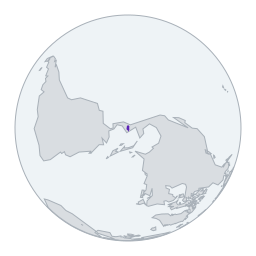 globe centered on Jinotega, rotated 141°
{"feature_id": "NIC-656", "entity_name": "Jinotega", "entity_type": "Department", "adm_level": 1, "iso_a3": "NIC", "parent_name": "Nicaragua", "parent_adm1": "", "projection": "orthographic", "projection_center": [-85.491, 13.798], "detail": "fine", "context": "on_globe", "style": "filled", "palette": "violet", "viewbox_px": 256, "rotation_deg": 141, "n_neighbors": 0, "source": "natural_earth", "source_scale": "10m", "svg_char_len": 8512}
<svg xmlns="http://www.w3.org/2000/svg" viewBox="0 0 256 256"><g transform="rotate(141 128 128)"><circle cx="128" cy="128" r="113" fill="#eef3f6" stroke="#a8b0b8"/><path d="M142.2,138.5L139.5,137.4L137.0,140.8L127.7,135.6L124.2,129.0L94.9,117.9L91.8,114.4L91.6,108.9L81.2,90.3L86.0,107.5L82.0,104.0L78.8,97.8L80.5,96.4L78.2,87.5L74.7,84.0L74.1,73.2L80.5,60.4L81.7,62.5L83.2,59.5L81.7,56.8L80.4,55.8L83.4,44.5L79.8,38.6L75.1,39.6L78.9,37.5L67.8,41.7L63.6,42.0L70.5,40.1L72.8,38.7L71.1,37.8L73.1,36.3L73.4,35.1L76.0,33.5L79.8,32.9L81.6,31.9L80.2,31.4L82.0,29.7L83.7,30.6L86.9,27.8L93.9,27.1L96.5,32.0L102.5,31.5L110.8,36.5L112.2,35.1L116.2,36.7L119.3,35.8L120.0,37.3L121.9,35.3L120.7,34.1L121.1,33.0L122.9,32.4L124.0,34.1L123.3,34.7L124.5,34.9L124.4,36.1L125.4,35.2L126.6,37.6L128.0,34.5L131.1,35.9L131.1,37.6L127.8,38.3L119.7,45.3L118.7,48.0L120.7,50.7L131.6,53.6L132.0,56.4L134.9,59.5L136.2,57.4L134.4,54.2L137.7,51.4L135.1,48.2L136.0,46.8L134.7,43.5L138.5,43.2L142.9,44.8L144.2,47.6L146.2,48.5L147.9,45.4L153.1,50.6L161.4,54.3L162.4,55.9L159.0,59.4L151.6,60.2L147.2,66.0L153.7,61.6L155.9,66.3L157.9,67.0L159.9,66.6L160.4,64.6L162.0,66.3L156.1,70.9L154.6,69.5L156.5,67.9L153.0,68.5L149.1,72.2L150.5,74.7L143.0,78.8L144.0,80.8L142.9,82.9L141.9,79.5L143.5,85.9L135.0,93.8L137.1,105.6L131.0,96.7L126.5,95.8L121.0,96.2L121.3,98.1L113.8,96.9L107.4,101.0L105.7,110.5L108.7,117.7L117.0,117.9L119.2,113.8L125.1,112.8L121.5,123.8L131.9,125.1L131.2,133.3L134.4,137.4L139.5,136.1L144.8,137.8L148.3,132.9L154.1,129.9L154.5,136.5L157.5,130.3L160.9,133.2L172.3,131.8L171.5,133.4L181.2,140.1L191.1,142.1L193.4,146.5L192.3,149.6L195.6,149.9L195.6,151.8L208.3,152.3L214.2,155.5L213.7,162.0L208.0,170.6L201.3,186.6L190.7,193.3L186.9,199.4L176.8,208.7L170.5,208.9L171.3,212.5L166.9,215.2L162.5,215.8L160.9,218.5L157.6,218.8L159.1,220.3L152.6,224.0L153.1,226.4L148.1,229.0L148.5,230.3L147.0,230.3L145.2,230.9L144.6,231.7L140.6,230.7L140.8,227.6L143.2,225.9L141.2,225.7L146.4,221.1L143.9,222.1L146.5,215.0L151.1,208.6L156.0,189.4L154.1,185.5L146.0,181.3L136.3,166.3L139.2,159.8L136.9,156.8L144.3,147.2L142.2,138.5ZM27.7,101.1L28.5,98.6L28.7,100.4L27.7,101.1ZM28.5,96.9L28.3,97.8L28.4,97.0L28.5,96.9ZM28.3,96.2L28.4,96.7L28.1,96.4L28.3,96.2ZM27.8,95.7L28.1,95.9L28.0,96.0L27.8,95.7ZM136.8,109.7L148.7,114.8L142.3,115.9L143.4,114.8L140.3,112.5L134.7,110.6L128.9,112.1L136.8,109.7ZM27.5,94.1L27.5,93.6L27.8,93.5L27.5,94.1ZM141.4,102.9L139.4,102.5L141.4,102.4L141.4,102.9ZM79.5,55.7L81.5,56.9L82.0,60.1L80.2,59.2L79.5,55.7ZM78.8,50.3L80.3,50.3L78.6,53.1L78.3,52.2L78.8,50.3ZM71.4,40.9L72.6,41.4L70.7,41.5L71.4,40.9ZM73.0,35.3L72.0,35.7L72.6,34.9L73.0,35.3ZM132.7,44.0L133.7,43.7L133.4,44.4L132.7,44.0ZM131.2,42.8L130.2,43.8L129.4,43.4L130.0,42.8L131.2,42.8ZM77.1,31.8L78.3,30.6L77.7,31.7L77.1,31.8ZM132.7,41.8L128.0,42.7L126.5,42.0L127.7,39.3L132.7,41.8ZM79.5,29.9L82.5,27.4L80.5,28.0L87.7,25.1L82.8,28.0L82.4,29.2L81.2,29.1L79.5,29.9ZM119.6,34.0L120.9,35.2L118.2,34.8L119.6,34.0ZM117.7,34.0L108.8,34.9L107.6,33.1L110.9,33.0L108.1,31.3L112.0,29.9L114.3,30.6L114.3,32.0L115.8,30.4L117.7,34.0ZM91.2,24.1L92.5,23.6L91.9,24.1L91.2,24.1ZM121.1,32.5L119.4,32.7L118.3,31.1L121.5,30.3L120.8,31.1L121.1,32.5ZM105.5,31.6L105.3,30.4L108.3,28.9L108.6,28.3L112.0,29.7L105.5,31.6ZM122.0,31.2L123.2,30.0L125.3,30.4L122.7,32.1L122.0,31.2ZM116.6,31.0L116.3,30.3L117.5,30.4L116.6,31.0ZM133.3,31.3L131.3,31.4L130.6,30.5L133.3,31.3ZM123.5,29.6L122.8,29.5L122.2,29.2L123.5,28.6L123.5,29.6ZM113.9,28.7L115.2,28.4L112.7,28.0L114.9,27.1L116.7,28.3L116.8,27.4L117.5,27.1L118.2,28.4L113.9,28.7ZM123.1,27.2L126.2,28.7L130.1,28.6L130.9,29.3L124.4,29.4L123.1,27.2ZM120.2,27.8L122.2,27.5L122.1,28.4L120.7,29.2L120.2,27.8ZM115.7,26.1L111.9,27.2L111.6,26.9L115.7,26.1ZM124.3,27.0L123.5,26.6L124.5,26.8L124.3,27.0ZM118.3,26.1L117.0,26.5L116.7,26.1L118.3,26.1ZM123.1,25.7L124.0,26.1L123.1,26.6L123.1,25.7ZM120.9,25.7L120.8,25.2L122.2,26.5L120.4,25.9L120.9,25.7ZM118.3,25.7L117.7,25.6L118.9,25.6L118.3,25.7ZM125.9,23.9L127.9,25.5L125.9,26.4L124.3,24.7L125.9,23.9ZM147.0,232.8L140.8,231.1L144.4,231.8L147.8,230.5L150.7,231.8L147.0,232.8ZM156.6,229.1L160.0,228.2L160.6,228.5L158.4,229.2L156.6,229.1ZM208.3,49.0L205.7,46.8L208.1,49.2L210.7,51.5L214.2,55.5L212.7,53.7L208.3,50.0L210.3,53.8L217.7,65.2L217.8,67.5L215.7,67.4L207.9,58.1L208.6,54.0L205.8,51.1L201.4,48.6L202.0,47.8L200.3,46.4L200.1,45.0L195.6,40.5L194.8,39.0L189.0,35.1L187.8,34.0L191.6,36.5L193.8,37.7L191.3,34.9L189.6,33.8L186.0,31.6L185.7,31.3L182.6,29.6L179.2,27.7L180.7,28.8L176.6,26.8L172.3,24.7L171.2,24.4L178.2,27.9L180.7,29.2L182.4,29.9L189.6,34.2L191.3,35.8L184.9,32.4L186.7,34.4L180.9,31.3L165.6,23.0L161.3,21.0L162.7,20.8L166.1,22.0L167.2,22.5L169.0,23.1L176.3,26.2L183.3,29.9L190.0,34.0L196.4,38.5L202.5,43.5L208.3,49.0ZM129.1,15.4L123.9,15.5L118.7,15.7L119.1,15.7L129.1,15.4ZM104.2,17.9L102.6,18.3L104.1,17.9L104.1,18.0L94.7,20.9L91.7,21.8L88.5,23.6L88.8,23.6L90.8,22.9L87.7,25.1L80.5,28.0L80.1,27.8L75.9,30.0L75.5,29.3L73.2,30.1L75.2,28.6L73.2,29.6L71.8,30.4L70.3,31.3L76.3,27.9L79.2,26.7L77.6,27.3L79.8,26.2L80.2,26.0L88.0,22.7L96.0,20.0L104.2,17.9ZM240.3,118.7L240.0,116.1L239.9,116.9L237.7,125.5L235.4,122.4L228.9,110.0L228.2,103.0L225.3,96.4L217.9,68.0L219.5,67.5L217.2,59.8L217.5,59.9L221.1,64.9L221.7,65.5L226.0,72.4L229.7,79.7L233.0,87.1L235.6,94.8L237.8,102.7L239.3,110.6L240.3,118.7ZM224.1,80.6L225.1,82.6L224.1,80.6ZM172.7,131.7L174.1,132.9L172.3,133.1L172.7,131.7ZM141.5,118.7L144.0,118.7L145.3,119.6L143.5,120.1L141.5,118.7ZM161.7,117.4L164.4,117.8L161.7,118.6L161.7,117.4ZM150.6,115.4L159.5,117.4L154.1,119.8L148.5,118.6L152.3,117.8L150.6,115.4ZM140.6,106.8L142.2,107.2L141.8,108.4L140.6,106.8ZM142.9,102.8L142.3,102.9L141.4,102.0L142.9,102.8ZM156.3,66.1L156.8,65.7L158.9,65.7L158.1,66.6L156.3,66.1ZM167.2,61.2L169.5,64.0L167.3,62.5L166.6,64.0L161.2,63.0L162.6,56.7L162.9,59.6L167.2,61.2ZM154.3,60.4L157.6,61.4L154.0,60.5L154.3,60.4ZM191.0,41.5L192.3,41.6L194.4,43.4L195.4,46.2L192.4,43.5L191.0,41.5ZM193.7,41.6L187.0,38.0L186.1,36.4L187.8,37.8L187.8,37.2L190.5,39.3L196.1,41.7L198.3,43.5L199.0,47.1L197.6,44.8L196.4,44.6L193.7,41.6ZM171.6,34.5L168.7,33.7L170.5,31.2L173.0,32.3L174.2,34.8L172.0,35.1L171.6,34.5ZM135.7,37.1L134.5,37.6L134.2,37.0L134.9,36.2L135.7,37.1ZM132.5,31.4L140.7,34.8L139.7,35.4L145.7,37.1L145.5,39.4L141.6,38.2L145.9,41.4L142.3,41.3L145.5,43.4L136.9,40.4L133.8,40.7L137.4,39.4L137.7,37.2L136.9,36.3L132.3,34.2L125.9,33.9L125.2,32.0L126.4,30.7L127.8,30.4L127.8,31.7L129.7,30.5L130.9,32.2L132.5,31.4ZM140.9,20.9L140.3,21.8L144.3,21.0L145.5,22.1L145.9,22.0L148.0,22.9L151.4,23.8L151.4,24.3L152.7,24.5L154.1,25.2L155.9,25.6L156.5,26.9L158.8,27.6L157.8,27.8L161.4,28.7L159.0,28.6L160.7,29.7L162.2,29.2L161.5,36.3L163.0,39.9L165.7,43.1L161.2,42.9L155.9,39.9L150.8,36.0L150.0,32.8L148.1,33.5L147.1,32.2L149.0,32.2L145.5,31.5L145.2,30.5L140.7,28.1L135.9,28.0L134.2,27.3L135.9,26.8L132.9,26.4L135.0,25.1L133.8,24.6L134.6,23.0L138.7,22.7L137.0,22.2L137.6,21.2L140.9,20.9ZM126.3,23.5L130.9,22.5L133.8,22.7L131.1,25.4L131.9,26.1L130.3,28.2L126.2,27.9L127.0,27.3L126.9,26.7L128.2,27.0L127.0,26.3L128.1,25.5L127.5,24.7L129.2,24.6L126.3,23.5ZM216.8,58.8L215.7,57.5L215.6,57.2L214.9,56.3L216.2,57.9L216.8,58.8ZM212.9,55.0L212.5,54.3L215.0,57.0L215.1,57.5L212.9,55.0ZM210.1,51.7L212.2,54.0L211.2,53.0L210.1,51.7ZM191.0,35.9L190.2,35.1L191.0,35.6L192.4,36.6L191.0,35.9ZM153.1,20.2L152.3,20.3L151.6,20.1L148.1,19.9L147.0,19.3L148.6,19.1L153.1,20.2ZM151.3,19.4L150.0,19.4L150.2,19.1L151.3,19.4ZM146.0,18.8L145.9,18.4L146.5,19.2L146.0,18.8ZM151.5,17.8L146.2,16.9L139.9,16.0L145.9,16.8L149.3,17.4L151.5,17.8ZM126.0,15.4L125.3,15.6L123.8,15.6L126.0,15.4ZM126.8,15.5L129.1,15.7L127.6,15.8L126.0,15.6L126.8,15.5ZM140.4,16.9L142.3,17.1L142.0,17.2L140.4,16.9ZM91.7,23.6L92.4,23.6L91.1,24.0L91.7,23.6ZM105.1,17.8L104.9,17.9L103.4,18.2L105.1,17.8ZM103.6,18.4L105.4,18.0L103.9,18.5L103.6,18.4ZM109.3,17.1L106.3,17.8L108.7,17.2L109.3,17.1Z" fill="#d9dde1" stroke="#a8b0b8" stroke-width="1"/><path d="M128.8,126.5L128.9,126.4L128.9,126.5L129.0,126.6L129.0,126.8L128.9,126.8L129.0,126.9L129.1,127.0L129.2,127.3L129.2,127.5L128.8,128.1L128.6,128.0L128.4,128.2L128.2,128.2L128.2,128.3L128.2,128.5L128.0,128.8L127.9,128.9L127.7,129.0L127.5,129.3L127.4,129.3L127.2,129.5L126.9,129.5L126.8,129.4L126.7,129.4L126.6,129.2L126.6,128.9L126.7,128.7L126.8,128.7L127.0,128.6L127.3,128.6L127.3,128.4L127.4,128.2L127.5,128.0L127.5,127.9L127.5,127.7L127.8,127.6L128.0,127.4L128.2,127.2L128.3,127.1L128.5,127.0L128.6,126.9L128.6,126.7L128.8,126.5Z" fill="#8b5cf6" stroke="#5b21b6" stroke-width="1.5"/></g></svg>